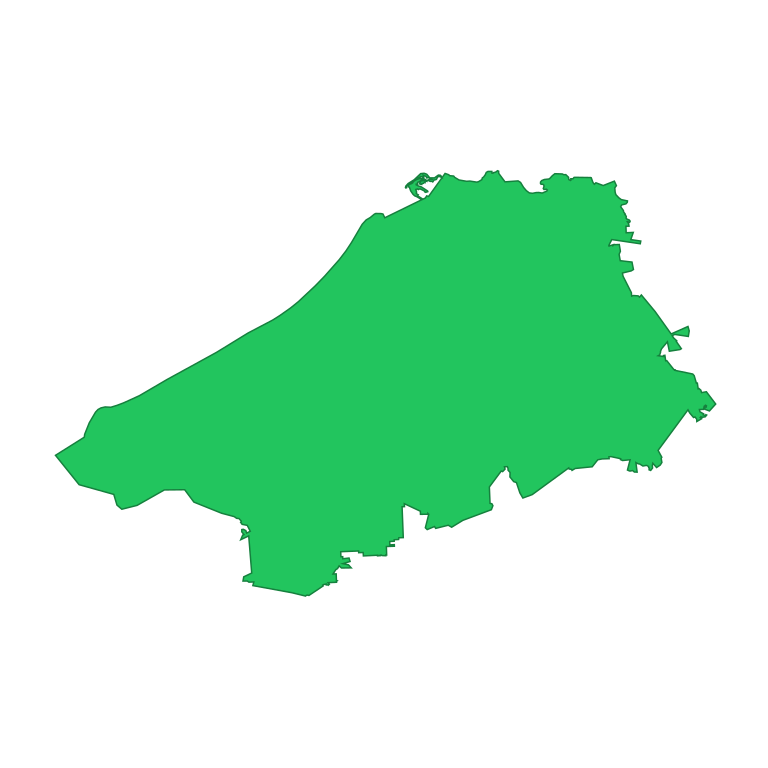 the district of Angostura, Sinaloa, Mexico, rotated 88°
{"feature_id": "50627088B44837755081847", "entity_name": "Angostura", "entity_type": "district", "adm_level": 2, "iso_a3": "MEX", "parent_name": "Mexico", "parent_adm1": "Sinaloa", "projection": "robinson", "projection_center": [-108.177, 25.118], "detail": "fine", "context": "isolated", "style": "filled", "palette": "green", "viewbox_px": 768, "rotation_deg": 88, "n_neighbors": 0, "source": "geoboundaries", "source_scale": "gbopen_adm2", "svg_char_len": 6119}
<svg xmlns="http://www.w3.org/2000/svg" viewBox="0 0 768 768"><g transform="rotate(88 384 384)"><path d="M530.1,337.4L527.4,324.7L529.5,321.4L523.0,309.9L513.4,281.1L509.4,279.4L507.4,280.4L507.0,282.2L490.6,282.3L475.1,269.9L475.7,268.5L473.3,266.0L470.9,266.5L470.9,263.6L472.7,263.0L474.5,263.0L476.8,261.1L481.3,261.4L486.1,257.8L487.1,255.1L497.6,252.0L502.8,249.2L499.7,239.7L474.3,202.3L475.4,202.0L475.9,199.6L476.9,199.1L475.1,195.9L474.0,178.8L467.2,173.0L466.5,168.6L466.5,161.6L464.6,161.8L464.5,159.7L466.9,150.1L467.8,150.3L468.8,148.2L468.3,140.7L478.5,143.7L479.3,142.1L479.6,141.2L479.2,138.5L480.7,136.9L480.9,134.1L471.3,135.0L472.6,132.8L472.9,131.2L475.0,128.1L474.5,124.7L474.8,123.8L475.7,122.5L476.9,122.4L477.4,121.7L479.0,122.1L479.7,120.5L477.3,118.5L475.1,118.7L472.6,118.1L477.0,114.5L474.7,110.8L472.1,109.0L467.9,109.6L466.9,108.9L459.9,112.4L420.4,81.1L423.6,79.5L428.3,75.8L427.8,74.3L430.1,72.7L432.4,72.7L429.8,67.8L428.6,69.2L427.7,68.4L428.4,67.2L428.0,64.1L426.3,62.6L425.9,63.4L426.8,63.8L425.9,66.1L425.0,65.6L422.8,69.2L420.5,69.7L420.5,65.6L417.7,64.9L417.4,65.4L417.5,64.7L416.4,63.5L417.0,62.5L418.3,62.8L418.0,64.1L420.4,64.3L422.3,59.7L415.6,53.2L403.0,62.1L403.7,66.9L401.2,67.6L399.5,69.4L399.8,70.2L394.0,70.8L394.0,71.8L386.5,73.7L384.8,75.1L380.5,92.8L380.0,92.6L379.7,93.8L370.5,100.6L370.6,101.7L365.1,102.3L365.3,103.7L366.3,103.6L365.3,108.9L364.6,107.5L361.6,106.4L361.1,106.6L358.4,105.3L351.7,99.3L361.2,97.7L359.9,87.0L359.1,85.6L351.7,90.4L351.1,89.9L348.0,93.0L345.7,94.3L344.6,91.7L347.1,78.2L341.6,77.1L337.1,78.2L344.0,95.3L321.1,110.5L304.0,123.7L306.1,125.6L304.8,126.9L304.3,131.6L304.8,133.4L301.3,133.6L284.7,141.3L281.8,141.8L281.4,141.8L279.6,133.0L278.3,130.7L270.8,131.9L269.0,143.6L262.6,144.5L259.6,143.1L252.8,144.0L252.8,149.5L254.4,151.0L252.8,150.1L254.0,154.3L253.4,154.5L247.6,151.3L252.8,123.0L250.1,122.4L248.3,132.3L241.2,129.6L241.3,136.7L234.8,136.7L234.8,133.6L232.1,134.0L230.2,135.2L230.1,134.6L231.0,133.9L231.1,133.3L230.4,132.4L229.5,132.5L228.7,133.1L227.5,135.7L226.6,136.3L225.1,136.0L223.3,136.9L223.1,137.4L222.4,137.1L220.5,138.5L218.9,138.7L215.1,141.3L213.3,140.2L212.4,135.9L210.9,134.5L209.5,134.3L208.0,140.4L206.1,142.8L202.8,145.7L200.3,146.3L196.0,146.5L193.9,144.8L189.3,146.7L193.3,158.0L190.3,165.2L191.7,166.8L190.0,168.1L185.1,169.7L184.9,170.2L184.1,186.2L184.2,186.9L185.5,188.0L185.4,190.1L186.8,190.1L187.1,190.5L186.1,192.2L183.8,192.4L181.1,195.0L181.1,197.0L180.3,198.5L179.8,205.9L181.7,208.5L184.5,211.3L184.9,212.3L185.2,216.6L186.2,219.3L187.6,220.5L189.1,220.6L189.8,220.1L190.0,218.1L190.8,217.3L192.0,217.2L194.3,218.0L195.2,217.3L195.0,214.9L195.8,214.0L196.9,214.6L198.7,219.2L198.0,222.6L198.0,225.3L198.6,228.9L198.1,232.1L195.7,235.0L192.3,237.7L187.3,240.5L185.7,242.9L186.2,256.0L177.5,262.0L175.3,262.0L174.8,263.1L176.2,265.1L176.6,267.2L177.1,267.6L177.1,268.7L175.3,268.8L175.2,272.7L176.1,274.4L178.4,275.5L180.7,277.3L181.4,278.5L183.2,279.1L185.1,282.5L185.5,284.2L184.2,291.1L184.3,294.4L182.7,301.9L179.9,306.2L178.6,307.1L178.1,311.1L177.1,312.0L175.7,315.6L198.1,332.9L197.5,334.8L199.5,336.1L217.9,377.4L214.1,379.1L213.6,380.9L213.3,386.3L213.9,387.7L217.2,392.0L219.4,396.1L223.6,400.2L241.4,411.5L249.7,417.4L258.3,424.5L274.1,439.5L283.6,449.4L298.8,466.8L304.8,474.8L311.8,485.5L316.2,493.0L328.3,518.1L346.6,550.4L371.9,600.6L387.1,628.8L393.8,645.0L396.0,651.5L397.7,657.8L397.2,663.5L398.0,667.7L399.5,670.7L402.1,673.3L412.5,679.9L423.8,684.9L426.7,685.4L443.8,714.8L474.0,692.2L484.9,657.9L495.7,655.1L500.0,650.4L496.7,635.0L482.2,607.2L482.7,586.9L495.4,578.1L507.5,550.8L511.3,538.3L513.1,536.0L513.4,533.6L516.0,531.5L516.7,531.5L517.2,532.1L519.3,530.7L520.5,525.6L526.5,522.8L528.2,526.5L525.7,527.2L524.3,529.7L524.5,531.2L526.8,531.3L529.6,529.2L530.1,530.5L534.6,532.6L531.1,524.5L568.3,522.8L571.8,530.9L576.0,531.8L576.2,527.4L577.3,526.0L577.3,521.0L580.9,522.1L589.4,483.3L593.2,469.8L592.5,469.0L592.3,468.0L592.7,466.4L583.7,451.9L582.9,452.3L582.3,451.3L581.9,448.7L582.8,448.7L582.8,446.9L583.1,446.7L582.2,445.6L580.6,446.8L580.5,438.4L579.5,438.5L579.0,437.6L578.5,438.4L572.1,438.4L572.1,441.6L567.8,438.6L566.9,436.9L564.2,435.2L566.4,432.9L566.6,423.2L563.5,425.8L562.1,431.3L560.2,424.1L556.7,425.0L557.2,431.3L555.1,431.3L555.1,433.1L550.1,433.1L550.0,415.2L551.7,415.2L551.7,410.7L555.1,410.6L554.9,396.5L555.5,396.5L555.5,395.0L555.2,394.9L555.4,393.6L554.9,393.5L554.9,392.5L555.4,392.0L555.7,388.2L554.9,388.2L555.0,387.3L546.5,387.3L546.5,379.3L544.9,379.3L545.0,383.8L541.6,383.8L541.5,379.3L540.0,379.2L539.9,374.8L538.2,374.6L538.2,370.1L507.3,370.2L507.3,367.8L504.3,367.9L512.4,352.1L515.5,352.1L515.7,344.6L514.9,344.6L515.7,343.8L529.1,347.7L531.0,345.9L528.2,338.5L530.1,337.4ZM190.7,345.5L190.2,343.6L190.9,343.0L190.4,342.2L190.4,340.8L192.5,336.9L193.4,336.6L193.9,335.7L193.3,333.5L192.6,333.7L188.4,339.7L187.7,341.1L187.6,342.0L186.5,344.2L186.0,344.3L185.9,344.9L185.3,344.8L185.5,343.3L183.7,343.4L182.9,341.2L181.3,339.5L181.2,338.4L181.8,337.5L182.2,337.6L182.3,339.9L184.7,341.3L185.4,341.2L185.9,339.3L185.1,339.1L184.8,337.5L183.9,336.6L184.1,335.9L181.6,336.2L182.6,335.6L182.9,334.5L181.3,335.1L179.8,338.0L180.0,341.7L180.9,344.5L182.4,347.2L184.1,348.4L184.6,349.2L185.8,352.6L187.8,352.5L188.7,351.6L191.9,350.6L195.4,348.4L197.0,346.8L198.1,344.4L201.1,339.9L200.4,339.0L197.2,343.7L196.9,343.9L196.1,343.2L194.8,345.1L193.3,344.7L190.7,345.5ZM176.7,337.5L178.0,334.8L179.6,334.0L179.3,333.1L179.7,331.0L176.0,333.8L175.4,334.9L174.8,336.6L175.0,340.0L180.9,346.7L184.5,352.9L187.0,355.3L188.5,355.7L188.9,355.3L188.6,354.5L186.8,354.1L185.0,352.3L180.6,344.7L180.0,342.0L179.5,341.9L179.2,342.4L178.5,340.6L177.9,340.4L178.1,338.4L179.3,337.5L179.3,337.1L178.6,337.0L176.7,337.5ZM183.2,328.7L183.7,328.2L181.8,326.7L181.6,325.0L181.1,324.3L179.3,323.4L178.6,322.4L178.7,320.9L179.7,319.0L177.9,319.8L177.3,320.5L177.1,322.4L179.8,326.4L179.6,330.9L179.9,330.9L181.1,329.1L181.1,331.3L182.2,334.2L182.5,333.8L182.1,332.4L183.1,330.9L183.2,328.7Z" fill="#22c55e" stroke="#15803d" stroke-width="1.5"/></g></svg>